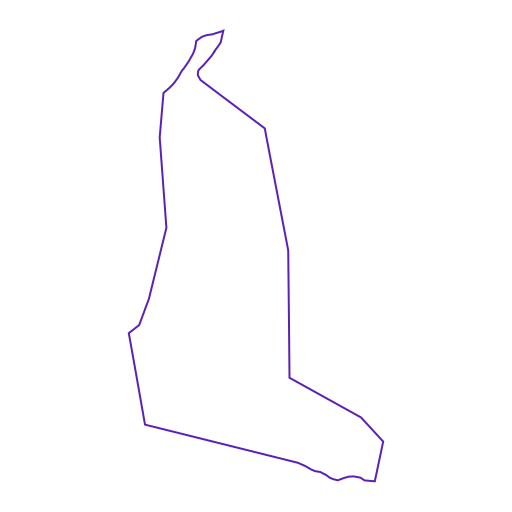 the district of En Bamboo, Vieux Fort, Saint Lucia
{"feature_id": "8701671B91980057323344", "entity_name": "En Bamboo", "entity_type": "district", "adm_level": 2, "iso_a3": "LCA", "parent_name": "Saint Lucia", "parent_adm1": "Vieux Fort", "projection": "mercator", "projection_center": [-60.948, 13.783], "detail": "fine", "context": "isolated", "style": "outline", "palette": "violet", "viewbox_px": 512, "rotation_deg": 0, "n_neighbors": 0, "source": "geoboundaries", "source_scale": "gbopen_adm2", "svg_char_len": 1052}
<svg xmlns="http://www.w3.org/2000/svg" viewBox="0 0 512 512"><path d="M128.8,333.2L135.4,370.1L145.0,424.6L145.6,424.8L297.9,462.8L305.4,466.1L311.0,469.4L315.0,471.1L320.3,472.0L326.6,475.3L329.9,477.8L333.4,479.2L337.8,480.3L343.4,478.2L348.4,476.7L353.6,476.4L358.1,477.2L360.7,477.8L364.5,480.4L374.8,481.3L383.2,441.6L361.1,417.5L289.5,377.8L289.0,324.2L288.2,250.3L266.5,137.7L265.6,132.7L264.8,128.4L223.7,97.5L200.5,80.0L197.8,75.1L197.9,73.7L198.0,71.7L198.7,69.9L204.0,64.6L205.9,62.4L211.3,56.2L212.9,53.8L214.5,51.6L214.3,51.4L218.1,46.3L220.6,42.6L223.3,30.7L221.0,31.6L215.2,33.4L212.5,34.3L207.7,35.0L205.1,35.6L201.6,37.0L200.4,37.9L197.8,39.7L196.2,41.1L195.7,44.6L195.1,48.1L193.7,52.0L193.2,53.3L192.8,54.2L191.8,55.9L190.6,57.9L189.9,59.3L188.3,62.0L183.5,68.9L182.4,70.1L181.9,70.7L181.5,71.4L180.6,72.9L179.4,75.1L177.7,78.1L174.1,83.0L173.8,83.3L172.1,85.2L169.9,87.4L169.5,87.8L166.6,90.3L163.5,92.9L159.7,137.4L161.1,156.5L166.4,227.8L148.9,298.8L139.2,325.0L128.8,333.2Z" fill="none" stroke="#5b21b6" stroke-width="2"/></svg>